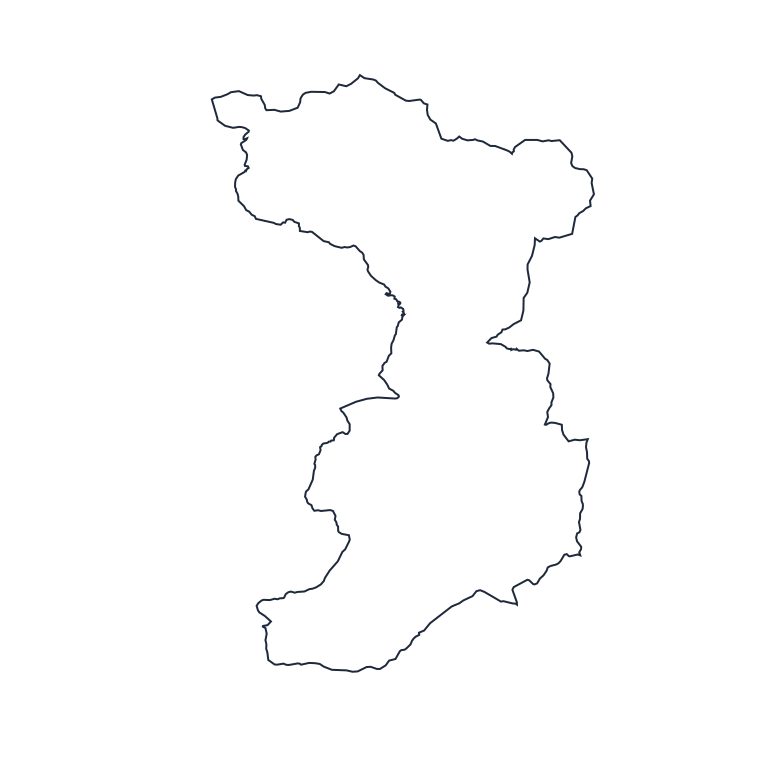 the district of Concepción, Santander, Colombia, rotated 282°
{"feature_id": "7082276B80611154033252", "entity_name": "Concepción", "entity_type": "district", "adm_level": 2, "iso_a3": "COL", "parent_name": "Colombia", "parent_adm1": "Santander", "projection": "albers", "projection_center": [-72.613, 6.801], "detail": "fine", "context": "isolated", "style": "outline", "palette": "slate", "viewbox_px": 768, "rotation_deg": 282, "n_neighbors": 0, "source": "geoboundaries", "source_scale": "gbopen_adm2", "svg_char_len": 6148}
<svg xmlns="http://www.w3.org/2000/svg" viewBox="0 0 768 768"><g transform="rotate(282 384 384)"><path d="M626.6,156.4L609.4,165.7L607.2,166.4L603.5,174.9L603.2,183.2L605.3,188.6L605.7,191.4L605.5,194.9L603.8,199.1L602.5,199.1L599.3,196.5L596.6,195.3L594.4,195.6L594.2,196.6L595.9,199.0L595.3,198.9L594.0,198.4L590.0,194.4L588.7,194.1L583.6,197.3L581.8,201.0L579.5,202.5L574.8,203.0L569.4,202.1L568.4,202.7L568.6,205.6L567.2,206.7L565.6,205.2L563.6,204.7L563.9,204.0L562.3,203.4L557.6,198.1L553.7,196.5L550.3,196.5L545.8,197.3L543.5,198.9L542.1,199.0L540.0,200.9L537.2,202.4L533.0,203.5L528.8,210.1L525.4,213.1L524.6,216.2L522.0,219.5L521.3,222.6L518.9,224.4L518.7,242.7L518.0,245.0L518.3,249.8L521.1,251.7L521.2,253.7L524.4,254.6L525.6,257.1L525.5,260.5L524.0,262.6L523.4,267.4L520.8,267.9L519.3,269.2L516.2,269.9L516.6,277.8L517.7,279.7L517.8,282.0L511.2,295.3L511.2,300.6L509.9,302.1L508.6,306.9L508.4,314.2L509.8,317.0L509.9,319.7L511.0,322.5L513.1,325.4L512.8,327.6L509.0,332.7L507.9,335.4L506.0,337.2L501.7,338.4L497.0,343.6L495.0,344.3L492.6,344.0L490.9,344.9L487.1,348.8L483.9,354.3L482.3,358.1L481.3,363.5L479.6,365.1L478.4,368.4L475.5,371.1L473.2,370.9L473.4,367.6L472.2,367.0L471.2,369.6L472.5,373.2L472.3,375.2L471.7,376.3L469.6,376.4L469.4,378.3L467.8,379.7L467.5,382.3L466.6,383.2L465.3,382.7L465.5,381.2L463.8,381.9L462.1,381.7L461.7,383.5L462.4,384.5L461.4,387.1L460.4,387.6L459.4,388.0L458.6,387.3L457.3,388.9L456.7,388.9L455.6,387.2L454.9,387.1L454.7,387.9L455.2,388.9L453.7,388.0L450.7,388.2L447.3,385.6L443.5,385.4L442.3,384.7L435.0,385.2L433.8,384.5L428.9,384.2L425.0,383.1L421.5,383.3L415.5,384.8L412.7,382.9L406.3,381.9L404.8,380.2L401.4,378.7L397.1,379.8L393.2,377.5L391.5,377.1L387.9,383.3L384.4,387.0L380.6,390.0L379.3,394.5L377.7,396.5L376.0,400.6L374.7,401.2L372.9,400.0L372.1,398.0L369.5,380.6L366.0,370.4L360.8,360.3L350.9,346.3L348.7,348.0L347.4,350.3L343.4,354.4L340.7,355.7L337.5,358.8L331.2,360.1L327.6,358.7L327.1,356.6L328.3,353.5L325.2,348.6L321.1,346.4L318.5,346.6L317.6,344.0L316.6,343.7L316.2,342.1L314.8,341.1L313.0,336.8L311.1,335.7L310.1,335.8L308.9,334.6L306.1,335.7L301.8,335.0L300.1,332.8L298.6,332.0L295.8,332.8L291.4,332.5L290.4,333.5L287.9,334.1L284.5,333.5L275.7,334.2L265.2,332.0L262.8,330.2L261.6,330.0L257.4,330.2L254.7,332.6L252.9,333.3L251.5,334.6L250.4,338.2L247.5,339.9L245.5,342.2L246.8,345.7L246.7,348.8L249.5,357.6L249.2,360.5L244.9,364.0L241.0,364.1L238.8,366.2L236.4,367.1L235.1,368.7L230.8,369.7L229.7,370.7L228.6,373.9L228.8,381.1L224.6,382.9L222.3,382.5L214.2,380.4L211.1,378.2L201.0,375.7L190.3,369.7L182.2,366.6L178.5,366.0L174.7,363.8L171.0,359.9L169.0,356.8L167.8,353.6L164.5,349.3L162.6,342.6L161.3,340.0L161.6,336.0L160.4,333.7L158.1,331.6L154.2,330.7L153.6,330.0L152.7,326.7L151.3,324.6L151.2,321.6L148.9,317.3L147.9,311.2L146.9,309.4L143.7,306.7L140.6,305.5L136.5,307.7L134.7,309.5L132.3,315.7L128.2,322.8L123.9,320.2L122.2,316.0L121.5,315.9L120.6,318.8L115.3,321.2L108.8,321.3L104.9,323.1L100.6,323.8L97.2,325.7L90.0,328.2L86.9,335.3L87.3,338.0L89.6,343.9L89.0,346.7L89.4,349.4L92.8,357.8L92.9,359.9L92.2,361.2L95.6,368.7L96.6,374.7L96.8,379.3L95.0,384.0L93.6,392.5L96.1,406.9L96.0,413.1L97.4,418.0L103.5,425.8L104.6,429.7L103.8,436.3L104.5,439.4L109.2,444.2L114.5,446.5L117.4,452.4L126.0,455.1L127.3,456.3L128.4,459.4L129.6,460.6L134.8,464.1L138.7,464.8L141.3,466.0L143.3,467.4L145.9,470.6L148.0,469.9L151.2,474.5L159.6,478.8L180.5,496.5L185.1,503.2L188.8,506.6L194.9,514.7L200.6,517.5L202.3,520.9L201.5,525.5L195.5,543.7L196.4,546.0L196.1,555.4L196.5,558.3L195.8,559.9L198.0,559.4L209.4,552.4L212.3,553.1L222.3,564.9L222.2,566.8L219.3,571.5L219.3,573.0L220.8,575.2L226.2,577.0L230.0,579.8L235.2,581.9L238.6,582.3L240.6,584.7L243.3,590.1L245.0,592.0L247.4,593.5L254.5,595.9L255.6,598.2L254.1,600.4L254.1,601.7L257.5,608.9L257.2,611.6L259.9,610.0L263.6,611.1L265.8,610.7L270.3,605.5L274.0,603.8L278.0,604.0L279.6,606.0L282.1,606.5L289.5,603.4L292.8,603.8L298.3,602.7L302.9,604.2L305.8,604.0L308.0,603.4L310.6,601.6L315.6,600.3L316.7,598.3L319.1,597.4L320.9,597.6L324.2,599.4L330.0,600.3L349.5,601.1L351.1,600.5L353.2,598.3L359.7,596.7L363.9,594.8L368.5,594.2L372.4,594.8L369.7,587.3L369.2,582.2L366.3,576.5L371.8,570.1L376.0,567.7L381.1,566.4L381.5,559.7L381.1,555.9L380.2,553.7L377.7,550.9L377.8,549.8L385.8,551.3L390.5,549.5L394.5,550.6L398.1,552.2L400.9,551.6L406.0,552.5L410.1,551.4L415.6,547.3L418.5,546.9L421.5,543.1L423.2,542.3L428.4,542.7L438.4,541.8L441.4,538.7L442.2,536.3L448.0,528.9L448.4,522.6L446.1,517.5L446.0,513.6L444.6,509.0L446.0,506.3L445.0,506.1L444.9,503.0L443.7,501.4L444.9,500.9L444.2,499.2L444.4,496.6L445.6,495.2L447.3,490.1L446.3,481.6L445.3,478.5L446.0,476.3L451.3,479.6L453.7,484.2L455.9,485.0L459.0,488.1L461.9,488.6L462.7,491.3L465.3,494.8L469.5,498.3L474.8,504.8L484.8,505.1L497.2,502.7L503.0,505.2L513.6,505.4L525.8,500.6L530.8,499.6L540.0,502.1L551.1,502.5L557.9,501.4L555.7,506.8L556.7,508.2L559.5,509.6L559.9,514.7L563.3,520.6L563.6,525.1L570.0,536.8L587.2,536.5L589.2,538.3L591.7,539.5L594.6,542.8L597.9,545.0L601.0,549.1L606.2,547.4L613.2,549.9L623.8,545.3L628.2,545.0L635.2,537.9L635.6,534.8L634.9,530.9L635.0,526.0L636.3,523.0L639.0,521.1L645.8,520.9L649.2,519.3L659.0,505.2L656.5,497.4L656.6,494.3L654.3,488.7L654.6,483.3L652.1,471.3L643.0,462.9L640.4,462.1L638.5,462.6L637.3,461.4L635.8,461.3L637.3,458.8L638.1,455.7L639.9,443.3L639.0,438.5L641.7,430.4L641.7,424.9L642.3,422.0L641.3,420.5L639.7,415.0L640.1,409.6L641.7,406.1L639.2,404.3L636.4,401.3L636.5,398.9L635.1,395.8L635.9,389.1L649.6,380.6L652.3,374.3L656.3,370.8L661.2,369.0L666.4,368.4L666.8,364.6L669.6,361.0L669.6,359.7L666.1,349.9L665.7,346.5L669.3,334.8L670.9,333.5L673.5,323.6L677.3,315.5L679.1,313.0L679.6,310.4L679.1,301.4L681.1,296.2L677.6,295.0L670.7,289.3L667.4,285.2L667.6,277.5L659.9,274.1L656.8,270.4L657.3,265.5L654.7,252.1L652.5,246.8L650.3,244.6L647.6,243.5L645.6,243.0L642.2,243.4L636.3,242.1L631.5,234.7L629.0,226.4L629.4,219.9L627.4,212.1L629.0,210.5L632.2,209.3L637.4,204.7L639.9,203.8L640.1,199.8L639.0,196.4L638.3,190.6L640.3,181.2L637.6,173.6L635.0,170.8L630.9,164.6L629.0,159.1L626.6,156.4Z" fill="none" stroke="#1e293b" stroke-width="2"/></g></svg>